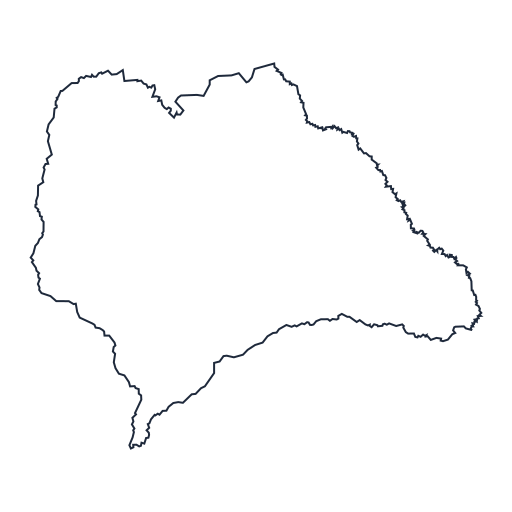 Ariguaní, Magdalena, Colombia (Albers equal-area conic projection)
{"feature_id": "7082276B61521113945652", "entity_name": "Ariguaní", "entity_type": "district", "adm_level": 2, "iso_a3": "COL", "parent_name": "Colombia", "parent_adm1": "Magdalena", "projection": "albers", "projection_center": [-74.033, 9.809], "detail": "fine", "context": "isolated", "style": "outline", "palette": "slate", "viewbox_px": 512, "rotation_deg": 0, "n_neighbors": 0, "source": "geoboundaries", "source_scale": "gbopen_adm2", "svg_char_len": 5963}
<svg xmlns="http://www.w3.org/2000/svg" viewBox="0 0 512 512"><path d="M274.2,63.5L254.5,69.0L251.9,77.4L248.6,81.4L246.4,82.3L238.8,73.2L231.5,75.4L218.1,76.0L209.7,80.3L209.7,84.6L203.6,95.9L196.9,94.9L181.0,95.5L178.1,97.6L175.4,101.7L183.4,110.5L180.3,114.6L177.0,114.5L176.6,112.6L174.0,117.6L169.1,112.9L170.8,110.7L170.8,108.7L168.6,107.5L166.8,109.1L164.6,107.8L162.2,104.8L161.3,100.4L158.2,101.0L159.5,97.3L156.5,96.3L152.4,96.8L155.2,89.3L154.3,85.2L152.5,85.5L151.3,87.6L149.3,86.8L147.9,87.7L146.4,84.4L143.6,83.6L141.2,80.6L137.4,81.2L137.4,79.9L124.4,81.0L122.8,70.1L116.7,74.1L111.7,74.6L108.0,70.7L102.1,73.7L101.3,72.4L98.8,73.2L96.2,76.7L93.7,76.7L92.0,74.8L91.0,77.0L86.1,75.9L83.9,78.1L81.1,77.1L78.8,78.8L78.9,81.1L77.6,83.0L71.6,83.1L62.4,90.9L60.7,91.0L58.2,96.8L56.7,97.9L57.5,98.9L55.7,101.5L55.6,105.0L56.7,105.5L56.7,107.4L54.5,108.7L53.7,117.5L48.6,124.4L46.9,131.5L49.3,134.9L47.9,141.2L51.8,154.6L46.7,158.8L48.2,163.8L45.5,164.0L43.6,167.5L44.6,169.5L42.3,178.4L43.3,182.2L38.1,185.6L37.9,195.5L36.1,200.9L36.5,204.4L35.5,204.7L35.3,206.9L38.3,209.4L37.8,211.2L39.5,212.1L40.0,216.1L41.8,216.7L41.5,219.5L43.6,221.9L43.5,231.5L42.2,233.2L42.9,234.6L42.0,237.1L39.4,239.2L37.9,243.0L35.3,245.8L33.4,253.3L30.7,257.6L33.3,260.4L31.9,262.1L35.9,267.8L36.5,270.7L39.1,273.2L38.1,274.8L38.5,277.6L39.9,278.7L37.9,284.0L39.5,287.5L39.2,289.9L41.5,293.1L50.5,296.1L56.2,301.1L68.8,301.2L73.6,304.1L75.8,303.7L77.2,312.0L79.7,317.6L92.4,323.5L94.5,324.8L95.6,327.6L99.6,328.2L102.7,330.1L104.1,331.5L104.5,335.6L109.2,335.6L114.5,342.5L115.4,345.5L113.7,347.0L112.9,351.5L115.1,353.8L113.8,362.3L115.5,368.2L118.9,373.7L124.4,375.4L128.9,382.1L130.1,386.4L134.6,386.1L135.6,388.1L138.7,389.1L138.8,393.7L141.1,395.4L141.3,399.7L135.0,413.1L136.0,414.4L132.4,417.8L133.4,421.5L131.9,424.4L134.4,428.5L133.2,430.3L133.9,432.1L132.6,437.4L129.4,445.2L130.9,448.5L133.4,447.3L133.2,444.8L136.4,444.7L139.2,446.4L140.9,445.8L141.5,442.7L144.3,443.6L146.1,438.0L148.4,437.7L149.1,434.9L148.8,432.7L146.6,430.3L149.2,427.8L147.8,424.1L149.4,423.3L151.0,419.3L154.6,414.9L155.3,415.4L157.8,413.7L159.5,414.7L162.6,410.9L166.4,410.7L168.6,406.8L173.3,403.0L178.3,402.1L182.9,402.8L191.7,394.3L195.6,393.9L201.0,388.2L204.9,386.3L214.1,373.1L214.1,362.9L219.6,361.5L223.5,356.1L226.7,355.7L233.9,357.3L243.0,354.7L247.7,349.8L255.1,345.0L262.6,342.6L267.5,336.3L273.0,333.0L276.6,332.6L279.0,329.2L286.4,325.0L291.6,326.8L294.7,325.4L296.6,326.4L301.9,323.4L304.4,324.2L307.1,322.2L308.6,322.5L310.0,324.9L311.6,325.0L313.5,324.5L316.2,321.2L320.8,319.3L327.9,319.2L329.9,320.8L332.5,319.0L336.7,319.5L338.4,318.6L338.3,315.9L341.8,313.9L347.3,316.8L349.5,316.8L356.7,322.0L359.7,320.1L365.4,324.4L367.9,325.4L369.7,324.7L369.5,325.7L371.6,327.2L374.1,324.3L377.4,325.2L377.9,326.3L382.4,325.8L382.9,324.3L384.6,323.7L386.8,324.7L389.1,323.4L396.2,326.0L402.2,324.4L403.8,326.0L403.3,327.6L405.8,332.1L408.1,333.6L413.9,333.5L415.3,336.9L417.5,337.4L418.3,335.8L420.6,336.8L423.1,334.6L425.0,335.8L426.4,335.1L425.9,336.5L427.6,336.2L430.8,339.9L436.4,337.9L441.1,338.6L440.7,340.6L443.0,341.2L447.9,339.6L452.3,334.2L455.2,333.0L453.1,330.4L454.2,327.3L455.5,326.7L463.9,326.4L465.8,328.4L472.0,330.1L470.6,328.8L471.5,326.7L472.8,326.5L471.9,325.7L472.9,325.3L472.5,323.3L474.1,323.8L474.4,321.7L476.2,321.7L474.6,319.6L476.1,319.3L476.9,320.7L477.2,318.6L478.7,318.3L477.8,316.1L480.7,315.9L479.3,314.9L481.3,312.9L479.3,310.5L479.9,308.9L478.5,306.0L476.0,304.6L477.0,303.0L475.8,301.9L477.0,300.8L476.1,300.0L476.2,296.9L475.4,294.8L474.2,295.0L472.8,290.5L471.7,290.3L471.4,281.3L470.2,278.1L468.9,277.8L469.3,276.0L467.6,275.3L469.9,273.7L467.9,271.8L466.5,273.2L465.9,269.4L466.8,267.4L463.1,265.3L457.8,265.3L458.7,263.3L457.3,264.4L455.0,262.4L457.1,261.0L455.1,259.2L456.4,258.0L456.0,257.0L454.3,258.8L453.5,257.0L451.8,256.9L451.8,255.0L449.8,254.7L450.1,256.8L448.5,257.5L447.1,255.0L445.7,256.1L444.6,254.1L441.9,254.0L443.3,250.6L441.7,248.6L440.2,249.2L439.2,247.8L437.2,249.6L437.3,251.4L436.2,250.0L434.3,251.9L433.0,250.6L434.0,249.5L432.9,247.7L430.5,247.6L430.0,246.0L428.3,245.4L429.7,244.6L427.2,240.8L427.9,239.4L423.7,235.9L425.4,234.1L422.2,233.8L423.3,232.4L422.4,230.9L420.7,230.7L418.7,232.8L416.9,232.1L417.0,233.3L413.7,232.2L414.3,231.5L413.0,230.7L414.4,229.8L414.0,228.5L410.9,228.3L410.8,224.7L411.9,223.8L410.2,219.7L408.6,220.6L409.2,218.9L407.1,219.2L407.7,215.6L405.9,214.0L406.2,212.8L404.4,212.3L404.5,210.2L402.5,209.3L403.5,208.1L402.1,207.1L403.2,206.8L402.8,204.9L404.5,206.1L405.3,205.3L404.0,204.0L404.3,202.6L402.6,202.9L403.4,201.3L401.2,201.9L400.2,200.3L398.5,201.1L396.8,200.2L397.8,199.1L395.6,197.2L396.4,193.4L395.0,194.2L392.5,192.1L393.1,188.9L391.2,189.1L390.9,186.1L385.8,186.7L386.7,185.3L385.4,183.9L387.5,181.8L385.5,180.0L386.4,177.9L385.0,175.2L383.3,175.1L381.9,171.0L380.4,171.5L380.1,170.0L378.4,170.1L376.2,167.7L377.7,166.9L377.2,165.5L378.1,164.6L376.9,164.7L376.7,163.3L371.7,159.6L371.7,156.5L369.5,156.3L366.0,153.1L364.0,153.4L360.2,148.4L358.6,149.6L357.2,145.1L358.4,143.6L356.9,141.4L357.4,138.4L356.2,138.3L356.0,136.0L353.9,136.8L352.4,135.9L353.3,134.0L352.0,134.1L352.4,132.8L350.1,132.4L349.5,131.2L347.9,131.1L347.1,133.0L343.4,131.9L342.3,132.7L341.2,129.1L339.6,130.1L338.9,128.7L337.4,129.6L337.8,127.5L336.0,128.1L334.5,126.1L332.9,128.0L332.6,126.3L331.2,128.1L330.7,126.9L326.0,127.3L325.2,128.5L325.9,129.3L323.0,130.4L322.6,128.5L320.6,128.1L323.2,127.0L318.2,128.4L317.7,126.3L315.4,126.8L315.1,125.0L313.1,125.4L312.4,123.8L310.4,124.3L309.3,122.1L306.9,122.6L307.3,121.3L305.9,119.9L307.0,118.5L306.9,115.7L305.2,115.3L306.1,114.2L303.3,107.5L303.5,102.8L301.1,102.3L302.0,100.9L299.8,98.6L300.1,95.4L298.4,94.2L297.0,86.1L293.4,84.4L291.9,85.0L291.4,83.4L289.8,84.1L289.8,81.6L286.2,81.3L285.2,79.4L283.9,79.4L282.7,74.6L281.4,75.0L280.7,74.1L281.4,72.9L276.7,70.9L278.0,69.6L274.5,66.9L274.2,63.5Z" fill="none" stroke="#1e293b" stroke-width="2"/></svg>